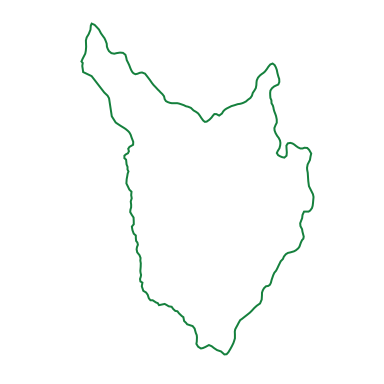 Nova Guarita, Mato Grosso, Brazil, rotated 5°
{"feature_id": "56859067B53302973548403", "entity_name": "Nova Guarita", "entity_type": "district", "adm_level": 2, "iso_a3": "BRA", "parent_name": "Brazil", "parent_adm1": "Mato Grosso", "projection": "natural_earth1", "projection_center": [-55.345, -10.288], "detail": "fine", "context": "isolated", "style": "outline", "palette": "green", "viewbox_px": 384, "rotation_deg": 5, "n_neighbors": 0, "source": "geoboundaries", "source_scale": "gbopen_adm2", "svg_char_len": 4357}
<svg xmlns="http://www.w3.org/2000/svg" viewBox="0 0 384 384"><g transform="rotate(5 192 192)"><path d="M70.5,71.6L71.9,73.0L71.7,76.0L72.5,79.3L73.1,82.0L81.9,85.3L95.9,100.5L99.5,103.4L101.2,105.9L105.5,123.6L109.9,129.4L111.6,130.4L115.1,132.3L118.9,134.2L120.5,135.1L122.8,136.7L124.4,138.1L125.9,140.3L127.1,143.1L128.0,144.9L129.1,147.2L129.2,150.1L125.8,152.5L124.7,154.5L125.6,156.9L124.8,159.0L122.8,160.3L121.5,161.7L121.7,164.2L123.5,165.5L124.0,168.0L124.4,170.2L125.6,172.6L125.8,175.2L126.9,177.1L126.3,179.3L126.1,182.0L125.8,184.9L125.9,189.2L127.6,192.0L129.4,195.1L131.7,197.0L131.7,200.5L132.5,203.5L131.8,206.8L132.5,210.0L132.7,212.6L132.2,215.0L132.2,217.4L133.9,219.9L136.0,222.5L136.5,226.1L136.8,229.2L135.1,231.7L136.0,235.2L137.6,238.6L139.8,240.2L140.1,243.0L140.6,245.6L142.0,247.1L142.7,249.3L142.0,251.6L141.8,253.9L142.7,256.9L145.2,259.5L146.5,262.2L146.5,264.8L147.2,267.5L147.4,271.1L147.4,275.1L147.8,277.0L148.5,279.1L148.3,281.1L147.8,283.2L148.4,285.6L150.5,286.6L150.2,290.3L152.1,294.7L155.0,296.1L156.8,298.2L158.3,301.7L160.1,303.5L162.3,303.3L165.8,305.2L167.6,305.7L169.0,307.6L171.9,306.7L174.5,305.9L176.4,306.7L178.8,307.9L181.7,308.1L183.5,310.2L185.7,311.9L187.9,312.1L189.6,314.0L192.7,316.5L194.3,317.4L195.4,321.2L197.4,322.8L198.7,324.2L201.2,324.8L204.3,325.5L206.5,327.8L207.3,330.0L208.1,332.1L209.2,334.2L209.6,336.4L209.8,340.6L209.6,342.9L211.6,345.6L214.5,347.1L216.5,346.5L218.7,345.3L222.2,343.0L225.0,343.9L227.6,345.6L230.7,347.3L234.8,348.3L238.4,351.0L240.6,350.6L242.2,348.5L243.9,345.0L245.1,342.3L246.4,338.9L247.0,336.5L247.5,334.1L247.2,330.4L246.8,327.3L247.0,325.1L247.9,322.9L248.8,320.9L249.9,318.2L251.2,315.4L252.8,314.1L254.8,312.2L257.8,309.4L260.1,307.2L261.9,305.1L264.1,302.2L266.4,299.7L269.5,297.1L270.8,293.1L270.7,288.8L270.5,286.2L271.1,283.8L272.1,281.6L273.9,279.5L276.2,278.9L277.7,277.6L278.5,275.5L279.0,272.5L280.2,267.7L281.1,265.2L282.6,263.1L283.6,260.7L284.7,257.7L286.4,253.3L288.4,250.8L289.2,248.3L290.9,245.8L292.9,244.3L295.2,243.6L298.8,242.2L300.7,240.9L302.7,238.9L303.8,237.1L304.9,232.8L305.8,230.4L307.0,228.8L307.2,226.7L305.5,221.9L304.9,219.5L303.0,216.5L302.5,213.7L303.4,210.5L304.0,208.5L304.1,205.2L305.3,201.8L308.1,201.5L309.8,201.4L311.3,200.2L312.9,197.6L313.4,195.2L313.5,192.4L313.5,186.4L312.7,183.7L308.0,176.0L306.9,171.1L305.6,162.7L304.8,159.9L304.5,157.8L304.8,154.5L306.7,149.8L307.0,146.1L307.4,143.3L306.3,141.7L305.0,139.8L303.0,138.1L300.3,138.1L298.3,139.0L296.2,139.2L293.9,138.4L291.8,137.2L289.7,135.8L287.9,134.9L285.7,134.5L283.2,135.2L282.0,137.6L282.4,140.5L283.0,144.3L283.0,147.6L281.0,149.7L278.7,149.4L276.8,148.8L274.6,147.8L273.1,145.8L273.8,143.8L275.3,140.8L275.8,137.8L275.8,135.5L275.2,133.1L273.7,130.6L271.9,128.6L270.1,126.0L268.9,123.5L268.5,121.1L269.4,118.1L270.4,115.6L270.1,112.4L269.1,109.0L268.1,106.8L267.0,104.6L266.2,102.5L265.7,100.6L265.0,98.8L263.5,96.7L263.1,93.7L261.9,91.5L261.5,89.0L261.2,86.5L261.3,84.1L262.6,81.7L264.6,79.7L266.6,78.5L268.6,77.4L269.4,74.8L269.0,71.7L268.1,69.8L266.8,66.3L265.8,62.9L264.6,60.4L263.2,58.3L261.1,57.0L258.9,58.1L257.2,60.5L255.8,63.1L254.2,65.6L252.8,67.1L251.2,68.4L249.6,69.9L247.8,72.3L246.8,75.1L246.7,77.2L246.8,80.0L246.5,82.9L245.4,85.3L243.9,88.0L243.3,90.9L242.0,93.2L239.6,95.3L237.9,97.1L235.5,98.6L233.8,99.4L232.1,100.0L229.9,100.5L226.9,101.8L223.8,103.0L221.2,104.6L219.1,105.9L217.5,107.2L216.1,108.9L215.0,111.2L212.4,113.5L209.6,112.3L207.5,112.4L206.2,114.1L205.0,116.1L203.1,118.4L200.5,120.6L198.7,121.0L197.0,119.9L194.8,117.4L193.1,115.2L191.3,113.2L189.2,111.9L186.4,110.6L183.6,108.3L180.7,107.4L178.5,107.1L176.2,106.2L173.0,105.4L171.2,105.0L169.4,104.8L166.6,105.1L164.2,105.3L162.2,105.1L159.9,104.5L158.1,103.7L156.7,101.9L155.8,99.1L154.0,97.1L152.0,95.5L150.6,94.2L149.1,93.0L146.8,90.9L144.4,88.8L142.6,86.9L140.3,84.1L137.6,81.1L134.9,78.2L131.8,77.3L129.6,77.8L127.5,78.9L125.4,79.6L123.3,78.8L122.0,77.6L120.9,76.0L119.9,74.2L118.3,70.9L116.7,68.2L115.5,66.3L114.8,63.9L113.7,61.1L111.1,59.4L108.1,59.4L104.9,60.2L102.5,61.0L99.6,60.7L97.0,58.9L95.6,56.8L94.6,54.7L94.1,51.6L92.7,48.7L91.4,46.4L89.9,44.7L87.5,41.9L85.2,38.3L82.8,36.1L80.4,34.0L77.4,33.0L76.7,35.0L76.7,39.2L75.3,43.8L73.6,47.2L73.1,50.3L73.9,56.7L73.9,60.7L73.6,63.5L71.4,68.9L70.5,71.6Z" fill="none" stroke="#15803d" stroke-width="2"/></g></svg>